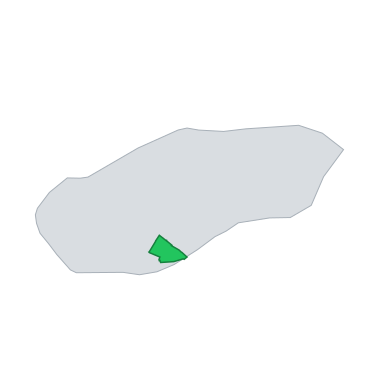 91, Al Wakrah, Qatar shown in context, rotated 70°
{"feature_id": "91078587B94476380924667", "entity_name": "91", "entity_type": "district", "adm_level": 2, "iso_a3": "QAT", "parent_name": "Qatar", "parent_adm1": "Al Wakrah", "projection": "equal_earth", "projection_center": [51.504, 25.135], "detail": "fine", "context": "in_parent", "style": "filled", "palette": "green", "viewbox_px": 384, "rotation_deg": 70, "n_neighbors": 0, "source": "geoboundaries", "source_scale": "gbopen_adm2", "svg_char_len": 959}
<svg xmlns="http://www.w3.org/2000/svg" viewBox="0 0 384 384"><g transform="rotate(70 192 192)"><path d="M204.6,340.4L191.3,344.5L178.8,348.9L168.3,348.8L159.9,347.0L154.4,342.8L143.6,326.1L136.1,304.4L140.8,292.3L142.4,284.7L132.2,227.6L129.0,183.8L130.2,174.8L136.1,164.5L145.9,141.6L151.1,119.7L165.8,69.0L181.3,49.4L204.0,35.1L222.6,63.1L245.3,84.5L249.6,108.4L242.9,127.9L236.8,159.0L240.4,173.3L241.8,185.6L248.0,206.4L254.0,233.4L255.0,252.2L251.8,269.6L243.9,284.3L228.3,328.3L223.6,332.9L204.6,340.4Z" fill="#d9dde1" stroke="#a8b0b8" stroke-width="1"/><path d="M240.3,246.4L242.1,244.4L244.3,246.2L245.4,246.2L245.4,245.5L247.5,245.6L251.2,232.9L251.8,223.2L252.6,222.4L251.4,218.9L251.1,219.1L245.2,222.2L244.9,222.6L242.1,224.0L239.5,226.2L235.4,229.7L235.1,229.1L229.5,232.4L229.4,232.4L229.5,232.5L221.5,237.5L225.6,243.0L226.0,243.2L233.8,252.9L233.8,253.0L234.4,252.8L240.3,246.4Z" fill="#22c55e" stroke="#15803d" stroke-width="1.5"/></g></svg>